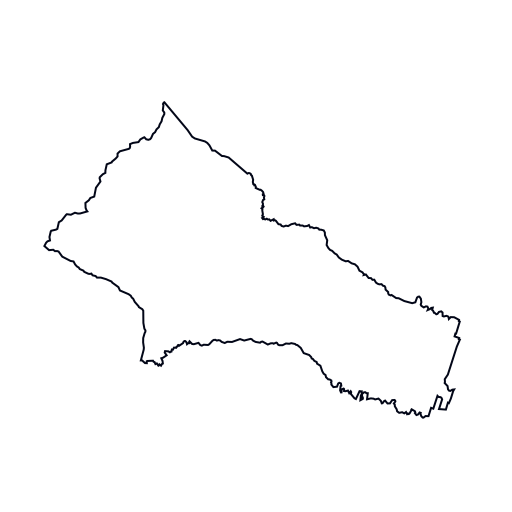 outline of Chicligasta, Tucumán, Argentina, rotated 6°
{"feature_id": "61730980B55497812442102", "entity_name": "Chicligasta", "entity_type": "district", "adm_level": 2, "iso_a3": "ARG", "parent_name": "Argentina", "parent_adm1": "Tucumán", "projection": "natural_earth1", "projection_center": [-65.69, -27.245], "detail": "fine", "context": "isolated", "style": "outline", "palette": "ink", "viewbox_px": 512, "rotation_deg": 6, "n_neighbors": 0, "source": "geoboundaries", "source_scale": "gbopen_adm2", "svg_char_len": 6112}
<svg xmlns="http://www.w3.org/2000/svg" viewBox="0 0 512 512"><g transform="rotate(6 256 256)"><path d="M44.5,268.2L49.6,271.8L53.7,271.0L55.6,272.2L57.7,271.9L59.2,272.2L63.4,276.9L72.1,280.3L75.1,280.5L77.0,283.3L79.0,285.1L80.9,286.0L82.1,287.4L85.9,288.6L86.8,289.7L91.1,291.2L92.8,291.2L94.1,290.7L95.5,292.3L98.6,292.7L100.1,294.1L104.0,293.7L109.3,294.7L115.0,296.5L115.8,297.5L122.4,301.3L124.3,304.5L133.3,307.3L135.6,308.6L136.8,310.3L138.3,311.3L140.2,314.3L144.5,318.3L144.9,319.1L148.5,320.8L149.6,322.2L151.0,334.4L152.6,340.0L153.8,341.5L153.9,342.9L153.3,344.4L152.4,349.4L152.8,353.8L154.1,359.0L154.1,361.0L152.4,371.9L153.7,371.8L156.8,374.1L158.6,374.0L158.3,372.2L158.7,371.8L164.5,370.9L165.2,371.9L166.2,372.1L167.3,374.0L168.6,373.2L170.4,375.3L171.0,374.9L171.3,373.9L173.0,375.0L173.7,373.3L174.6,372.7L174.0,370.1L172.5,367.6L174.3,366.8L177.5,364.1L175.3,361.6L175.5,360.1L178.8,360.0L180.4,360.8L181.2,360.0L181.9,359.9L182.1,357.8L183.2,357.8L184.0,355.7L186.2,355.6L186.4,354.7L187.2,354.3L187.6,352.9L188.1,352.7L188.3,353.4L188.8,353.4L192.5,350.3L193.0,348.7L193.9,348.0L194.6,348.0L195.9,349.1L196.6,350.9L197.5,349.9L198.7,349.7L198.5,348.5L198.8,347.8L201.7,350.2L203.4,350.2L207.9,348.4L209.9,350.4L211.5,350.8L213.3,349.7L217.6,349.5L218.7,348.7L221.6,344.8L222.7,343.9L224.4,343.6L225.9,344.2L227.5,343.6L229.2,343.8L230.8,345.0L234.0,345.8L236.4,344.3L241.1,344.0L248.8,340.3L253.1,341.3L259.3,339.0L260.4,339.2L262.0,340.5L264.6,341.5L269.1,341.8L270.1,340.8L271.4,340.4L277.0,342.8L279.8,341.3L281.9,341.0L282.7,341.4L285.2,340.0L285.9,340.2L287.3,341.9L288.5,342.3L291.8,341.9L294.9,339.9L298.3,339.8L300.2,339.0L304.0,339.4L305.0,340.1L306.5,340.3L310.1,342.7L313.6,347.6L319.2,348.9L321.4,350.7L322.1,352.1L323.4,352.5L325.0,354.2L327.4,355.1L328.0,356.7L331.5,358.4L334.0,363.8L335.6,366.0L337.6,367.1L338.3,369.2L340.7,371.1L342.2,371.1L343.9,371.9L344.2,372.9L343.8,373.8L344.3,374.6L344.4,376.0L346.7,378.3L350.2,377.5L351.1,374.2L352.1,373.4L353.8,373.9L354.4,376.1L353.7,376.6L353.7,380.8L354.8,382.8L355.3,382.7L355.1,379.7L357.0,378.7L357.5,379.1L357.7,381.1L359.2,381.1L361.5,380.2L363.0,382.6L364.3,380.6L364.9,381.4L364.7,383.2L368.8,387.2L370.3,387.8L373.1,379.6L375.3,379.6L375.1,380.6L375.8,381.9L374.9,383.7L374.9,388.5L377.1,387.0L377.1,386.0L376.6,385.7L376.9,385.6L376.0,383.8L376.0,382.0L377.8,380.2L379.1,380.1L380.1,380.9L381.5,380.8L381.4,386.9L385.1,385.6L387.8,385.6L389.5,386.2L392.7,385.0L395.3,387.0L396.5,389.4L397.2,389.2L398.6,386.9L399.5,386.3L402.2,388.9L404.6,388.6L406.5,385.1L408.8,384.7L409.5,385.2L409.8,386.1L408.5,388.3L409.5,389.2L409.8,391.0L411.9,393.7L412.6,395.7L414.8,397.0L417.7,396.1L419.9,397.0L421.5,395.5L422.2,396.6L423.1,396.7L423.0,397.5L424.5,397.2L425.2,396.5L426.5,393.5L427.3,392.9L426.0,391.8L430.3,393.8L430.8,394.9L430.4,395.6L432.2,397.4L433.7,396.7L435.1,394.5L436.2,394.8L436.0,395.7L437.2,398.1L438.7,399.3L439.5,399.2L441.3,397.5L444.3,397.2L446.0,388.7L448.3,389.3L451.1,376.1L452.3,377.1L454.3,377.1L455.2,377.6L456.1,379.1L454.0,389.1L460.9,388.9L462.2,381.8L463.2,382.2L464.7,377.4L466.2,369.8L467.0,368.0L465.2,368.4L463.3,369.9L462.0,369.7L460.9,368.5L460.1,365.3L456.9,362.6L457.1,361.6L456.6,358.8L459.2,353.9L465.2,325.1L467.5,317.8L466.4,317.5L466.6,316.3L461.9,315.2L462.4,312.3L463.1,312.3L465.5,299.9L464.5,299.5L464.6,298.3L459.5,296.2L456.1,296.4L454.4,298.5L453.9,296.7L453.2,296.0L451.6,295.6L449.2,296.5L447.9,296.2L447.4,292.7L446.0,291.7L443.8,292.5L442.5,294.6L441.4,295.1L439.4,293.7L438.9,293.8L437.9,292.0L436.8,291.2L437.2,288.9L435.7,289.3L434.6,290.6L432.4,291.8L432.9,290.2L431.8,288.4L430.3,288.3L428.2,289.6L425.7,288.3L424.9,287.2L425.3,284.6L424.4,281.2L422.7,279.3L421.6,279.5L420.5,280.5L419.3,285.4L416.3,286.6L408.2,285.3L402.3,283.1L399.8,283.2L394.9,280.6L394.0,281.1L392.1,280.5L391.4,279.4L391.2,278.0L388.4,275.9L387.9,273.7L387.0,272.5L385.4,272.3L383.8,270.9L381.6,271.3L379.9,270.9L378.1,269.9L376.1,267.2L374.3,267.5L372.7,266.0L370.3,266.1L367.2,262.9L365.3,263.6L365.6,262.8L364.8,262.5L363.6,261.1L360.4,259.8L358.1,256.0L355.2,253.9L351.9,253.3L348.1,251.3L345.8,251.9L341.8,250.7L338.5,248.8L336.1,246.1L334.0,245.2L331.2,242.9L329.0,242.2L327.1,240.5L325.1,237.7L325.2,232.9L322.4,228.1L322.0,225.4L320.7,223.5L317.8,223.0L316.2,223.2L315.2,222.1L312.9,221.6L310.8,222.3L308.5,221.5L306.9,222.0L305.4,219.7L303.8,220.8L300.7,221.5L299.2,220.8L296.6,221.1L295.8,220.3L293.0,220.8L291.5,219.4L287.8,220.7L284.8,222.9L282.6,222.7L280.4,223.8L278.3,223.4L277.2,222.1L275.0,222.0L272.1,218.9L271.0,218.4L270.0,218.8L269.7,217.6L266.8,219.5L265.4,218.2L264.1,218.5L262.8,217.8L261.3,218.7L260.1,218.2L259.1,218.6L258.2,217.6L259.1,217.1L259.6,216.3L258.0,215.3L258.5,213.7L257.5,210.1L257.5,208.8L256.5,208.0L257.3,207.3L257.2,206.4L257.9,206.8L258.4,206.1L257.6,205.0L257.4,203.1L256.6,201.7L257.2,199.5L258.3,198.8L257.8,197.1L258.1,195.4L257.7,194.8L256.5,194.8L256.3,193.9L257.0,193.3L256.4,191.7L255.1,190.5L253.6,189.6L252.9,189.8L248.6,188.4L248.6,187.2L247.6,185.5L246.9,185.8L246.4,184.8L245.8,184.8L245.1,182.7L245.2,180.5L243.5,176.5L242.8,176.2L242.2,174.9L241.0,174.3L239.8,174.3L238.8,175.0L218.5,160.9L213.8,160.0L211.7,160.1L204.2,155.5L201.5,155.7L198.1,150.8L195.7,148.6L193.3,147.4L182.9,145.5L180.0,144.0L174.8,137.9L148.8,112.7L148.2,113.1L147.6,114.6L148.2,115.6L148.1,120.4L148.1,121.0L149.8,122.9L150.0,124.4L148.4,128.4L148.0,131.9L146.5,135.1L145.9,138.0L143.8,140.5L142.7,143.4L140.8,145.3L139.4,149.6L138.5,150.9L136.8,151.7L134.6,151.4L132.6,149.6L131.9,149.9L128.8,152.1L127.2,155.0L121.8,156.4L119.0,157.9L119.4,160.6L119.1,162.0L118.4,162.7L109.7,166.1L107.6,168.6L107.9,171.5L106.3,173.7L102.9,177.2L102.7,178.0L98.0,180.4L97.3,186.5L97.5,189.1L95.1,190.7L92.4,194.0L92.3,195.0L93.5,198.2L89.7,204.8L88.9,213.8L85.2,215.6L83.9,218.1L80.8,221.1L81.5,226.0L82.7,228.3L83.6,229.3L76.6,232.1L74.4,232.4L71.4,231.9L67.6,234.3L63.5,234.2L62.9,234.8L59.0,241.0L56.4,243.0L55.6,249.8L54.3,250.7L49.7,252.3L49.3,253.1L48.6,258.7L49.5,262.1L47.1,263.2L45.9,264.7L44.5,268.2Z" fill="none" stroke="#020617" stroke-width="2"/></g></svg>